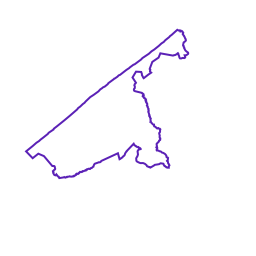 the district of Grands Ponts, Lagunes, Ivory Coast, rotated 147°
{"feature_id": "98640826B83353125268201", "entity_name": "Grands Ponts", "entity_type": "district", "adm_level": 2, "iso_a3": "CIV", "parent_name": "Ivory Coast", "parent_adm1": "Lagunes", "projection": "albers", "projection_center": [-4.906, 5.455], "detail": "fine", "context": "isolated", "style": "outline", "palette": "violet", "viewbox_px": 256, "rotation_deg": 147, "n_neighbors": 0, "source": "geoboundaries", "source_scale": "gbopen_adm2", "svg_char_len": 5852}
<svg xmlns="http://www.w3.org/2000/svg" viewBox="0 0 256 256"><g transform="rotate(147 128 128)"><path d="M116.6,73.3L115.4,72.5L114.9,73.5L113.6,74.1L113.5,74.5L113.6,75.1L113.4,75.7L113.6,76.4L112.8,78.3L112.9,78.6L113.2,78.9L113.2,79.2L112.0,79.5L111.8,79.7L111.6,80.1L110.7,81.1L110.8,81.6L111.5,82.4L111.5,82.7L110.9,84.0L111.0,85.5L111.1,86.0L111.9,87.8L113.0,89.1L113.1,90.0L113.4,90.6L114.3,91.4L114.7,92.3L115.2,93.0L116.0,93.3L116.1,93.6L115.8,94.1L115.5,94.7L114.6,95.0L114.3,95.3L114.1,96.0L114.5,96.5L114.0,96.7L113.6,97.0L113.1,98.4L112.5,99.2L112.2,99.3L111.7,99.2L111.0,99.6L109.8,99.7L109.4,99.9L108.8,100.5L107.8,100.4L107.5,100.5L107.2,100.8L107.1,101.3L106.6,101.6L106.5,101.9L106.7,102.4L106.7,102.7L105.9,104.0L105.5,104.3L104.9,106.3L104.4,106.9L103.5,107.1L102.7,108.0L102.3,108.8L101.6,109.3L101.7,110.0L102.0,110.2L102.3,110.4L102.5,110.8L102.5,111.3L103.0,111.4L103.1,111.6L103.8,111.7L104.0,112.6L104.3,113.3L104.3,114.0L105.1,115.1L105.0,115.6L104.4,116.6L104.8,116.8L105.3,117.9L105.2,118.6L105.6,119.7L105.4,120.7L105.4,121.0L105.6,121.1L105.2,121.4L104.8,122.3L104.8,122.5L104.4,123.1L103.8,123.4L103.7,123.7L103.9,124.1L103.9,124.9L103.5,125.4L103.3,126.1L103.5,126.3L103.4,126.4L103.5,126.8L102.9,127.2L102.9,127.7L102.8,127.9L102.8,128.3L102.4,129.0L102.4,129.9L102.0,130.4L102.0,130.7L101.3,131.0L101.2,131.4L101.0,131.8L101.1,132.2L100.8,132.6L100.4,132.7L100.3,132.9L100.3,134.6L99.8,135.1L99.8,135.3L100.0,135.5L99.9,136.6L99.3,136.8L98.7,137.9L98.6,138.1L98.8,138.4L98.8,139.2L98.8,139.5L98.6,139.6L98.7,139.8L98.7,140.2L98.3,140.6L98.0,140.8L98.0,141.1L98.3,141.5L97.5,142.1L97.8,142.4L97.8,142.7L97.5,143.2L97.9,144.0L97.8,144.3L98.1,144.3L98.2,144.5L97.9,145.1L98.0,145.4L98.1,145.9L98.3,146.0L98.3,146.4L98.4,146.6L98.2,146.8L98.0,146.7L97.8,147.1L97.4,147.3L97.2,147.2L97.2,147.5L97.0,147.8L96.6,147.9L96.8,148.7L97.0,148.8L97.3,149.4L97.2,149.9L102.0,155.0L102.5,155.8L102.5,156.0L102.4,156.5L102.0,157.2L101.6,157.5L100.7,157.7L99.8,158.8L99.5,159.6L99.5,160.2L99.4,160.4L98.3,161.2L97.5,161.3L96.7,161.6L96.7,167.9L90.6,170.9L86.4,167.8L86.9,165.8L87.5,164.8L87.6,163.2L87.8,162.0L87.7,161.2L82.0,161.7L78.4,161.8L78.8,163.4L78.3,164.1L77.6,164.6L77.7,165.7L71.6,170.2L64.0,170.4L60.2,173.0L50.8,164.2L49.6,164.0L49.3,163.7L48.6,163.5L46.7,163.4L45.8,163.6L45.4,163.6L45.4,162.6L45.7,162.3L45.7,161.9L46.0,161.1L45.9,160.7L46.5,159.1L46.5,158.1L45.6,157.4L44.0,157.0L42.8,156.0L42.0,155.9L41.3,156.3L41.2,157.2L40.9,158.1L40.2,157.6L38.9,157.3L37.3,157.4L37.0,157.6L36.6,158.4L36.6,158.8L36.9,159.3L37.5,161.2L37.6,161.6L37.6,162.6L37.4,163.3L37.5,163.9L37.4,164.4L37.1,164.6L36.9,165.0L37.1,166.0L36.6,166.6L36.8,167.3L36.1,168.2L35.4,168.7L34.8,169.4L33.9,169.5L33.0,169.5L31.9,169.8L31.7,170.0L31.6,170.5L31.3,170.9L31.2,171.4L31.3,171.8L30.9,173.9L31.0,174.3L30.8,174.7L30.8,175.2L31.0,175.5L30.9,176.4L31.0,176.9L30.8,177.1L30.4,177.2L29.9,177.7L30.1,178.0L30.1,178.4L29.8,178.7L29.8,179.2L30.0,179.5L30.0,179.9L30.4,180.1L30.9,180.7L31.4,180.6L31.3,181.0L31.6,181.3L31.2,181.5L31.5,181.8L32.0,181.9L33.0,183.0L33.2,183.5L40.7,182.3L42.7,182.2L43.9,181.8L49.0,181.3L51.1,180.7L53.9,180.7L57.4,180.1L63.4,179.5L66.5,179.5L70.1,178.9L77.8,178.8L79.9,178.3L87.8,177.8L88.9,178.1L93.7,177.8L94.3,177.6L97.6,177.6L105.8,176.9L107.0,177.2L107.7,177.1L108.8,176.8L112.2,176.7L112.7,176.9L113.2,176.7L120.1,176.3L121.1,175.8L124.9,175.4L126.9,175.7L128.1,175.5L130.2,175.5L132.9,174.8L138.7,174.5L142.8,174.5L149.2,173.3L150.7,172.8L152.8,172.7L156.5,172.0L158.7,171.9L159.6,171.7L160.3,171.3L169.8,170.0L177.2,169.1L187.0,168.1L190.7,167.8L191.2,167.3L197.2,167.2L198.4,166.7L204.6,166.1L207.5,165.9L209.8,165.5L212.8,165.5L217.7,164.8L226.2,163.9L224.4,154.6L217.2,155.3L213.8,150.2L212.2,137.4L210.7,136.4L210.5,136.0L210.6,135.1L210.9,134.7L211.2,133.6L211.5,133.2L212.0,133.0L213.3,133.0L213.9,132.7L214.5,132.7L214.8,131.9L214.5,131.6L214.6,131.3L214.8,131.2L215.0,131.3L215.2,131.1L215.4,129.0L215.2,128.5L214.6,127.8L213.9,128.0L213.8,127.7L213.3,128.0L213.1,125.7L213.1,125.4L212.6,124.8L212.9,124.0L212.9,123.4L208.8,121.6L208.2,121.6L207.7,120.6L207.4,120.4L206.3,120.5L206.0,120.0L205.0,120.0L204.1,119.4L203.3,119.3L202.3,118.2L201.6,117.9L201.4,117.7L200.7,117.6L200.5,117.3L199.9,117.0L199.7,117.1L199.5,117.4L199.3,117.4L198.9,117.0L198.6,117.2L197.7,117.0L196.7,117.4L196.6,117.6L196.4,117.6L196.1,117.6L196.1,117.3L195.7,117.5L195.5,117.4L195.4,117.1L195.2,117.1L194.9,116.7L194.4,116.9L194.2,116.8L193.8,117.0L193.6,116.8L192.9,117.2L192.4,117.3L192.3,117.0L191.7,117.0L191.1,116.7L190.9,116.3L190.6,116.2L190.2,116.2L189.8,116.5L189.3,116.5L188.7,115.9L187.5,115.9L186.8,115.4L186.6,115.7L186.2,115.8L185.9,115.6L185.5,115.7L185.3,115.4L185.0,115.6L184.7,115.7L184.0,115.4L183.2,115.3L182.9,115.1L182.5,114.5L182.1,114.3L181.4,114.6L181.0,114.6L180.3,114.2L178.8,114.5L178.0,114.4L177.5,115.0L176.1,115.9L175.2,116.1L172.0,115.3L171.2,115.2L170.7,114.8L169.9,114.5L169.4,114.5L168.7,114.8L168.2,114.9L150.2,112.3L152.1,106.4L151.3,106.3L150.5,106.5L150.0,106.3L149.0,106.5L148.6,106.4L147.8,106.8L146.1,106.9L145.2,107.4L144.3,108.2L142.6,109.0L141.9,109.1L141.8,109.3L131.8,111.7L132.0,110.0L131.9,109.7L131.4,109.2L131.3,108.3L130.9,108.0L130.7,107.0L130.0,106.4L129.6,106.3L129.6,105.2L129.1,104.8L128.8,104.5L128.7,103.7L128.9,103.4L129.8,103.8L130.3,103.9L130.8,104.1L132.5,103.4L132.7,103.2L133.6,101.3L134.1,100.3L135.8,99.0L136.9,98.6L137.7,98.0L138.8,96.0L138.8,95.2L137.9,93.5L136.8,91.9L136.3,91.5L134.9,90.7L134.3,90.2L133.3,88.7L132.7,86.7L132.8,85.6L132.7,85.2L131.9,84.4L131.8,84.0L131.1,83.5L131.2,83.2L130.8,82.9L130.7,82.6L126.8,82.4L125.6,82.5L122.7,81.2L121.5,80.7L120.2,80.7L119.8,80.6L117.8,78.8L117.8,78.3L118.1,77.5L118.1,76.4L118.0,76.1L117.6,75.8L117.6,75.3L117.4,74.8L117.1,74.4L117.2,74.1L116.6,73.3Z" fill="none" stroke="#5b21b6" stroke-width="2"/></g></svg>